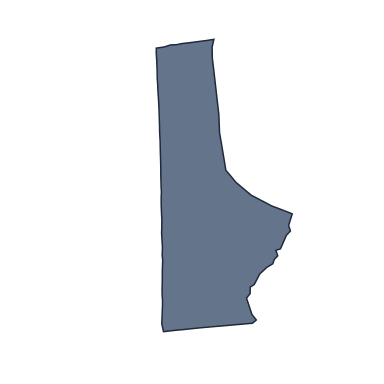 the district of Capão da Canoa, Rio Grande do Sul, Brazil, rotated 153°
{"feature_id": "56859067B90274299514744", "entity_name": "Capão da Canoa", "entity_type": "district", "adm_level": 2, "iso_a3": "BRA", "parent_name": "Brazil", "parent_adm1": "Rio Grande do Sul", "projection": "robinson", "projection_center": [-49.997, -29.689], "detail": "fine", "context": "isolated", "style": "filled", "palette": "slate", "viewbox_px": 384, "rotation_deg": 153, "n_neighbors": 0, "source": "geoboundaries", "source_scale": "gbopen_adm2", "svg_char_len": 1147}
<svg xmlns="http://www.w3.org/2000/svg" viewBox="0 0 384 384"><g transform="rotate(153 192 192)"><path d="M280.8,80.5L269.3,76.2L263.1,73.7L246.7,67.4L197.6,47.6L192.8,48.8L194.2,55.6L191.6,72.7L186.3,75.1L183.3,80.8L178.5,81.3L168.9,88.2L159.4,90.9L152.5,91.4L149.3,94.6L144.6,96.2L143.7,102.0L139.0,101.2L127.5,110.6L122.0,112.6L121.1,118.3L112.6,127.0L119.5,134.8L127.4,143.5L140.7,162.3L148.5,180.7L150.6,190.3L152.0,195.9L144.4,219.8L140.5,232.4L132.9,248.9L116.8,292.0L113.1,302.1L108.2,312.1L103.2,318.1L109.4,320.1L126.9,326.3L132.9,328.6L138.9,330.3L144.4,332.8L150.8,333.8L158.5,336.4L160.8,332.0L163.5,325.7L166.1,320.1L168.4,315.1L171.6,308.6L174.2,302.4L176.9,296.6L179.5,290.4L183.6,281.2L186.8,274.4L190.5,266.5L193.7,260.0L197.4,251.6L201.4,243.4L205.5,234.7L209.1,227.2L211.9,221.7L214.7,215.8L217.2,210.6L219.2,206.0L221.8,201.4L225.3,194.5L228.9,186.7L231.4,181.1L234.7,174.7L237.7,169.3L240.2,163.6L243.5,156.0L247.3,149.2L249.2,144.3L253.9,135.9L257.5,128.9L260.3,123.5L262.9,118.8L265.8,112.8L267.7,108.3L270.0,103.9L272.8,99.0L275.5,94.1L278.8,88.2L280.8,80.5Z" fill="#64748b" stroke="#1e293b" stroke-width="1.5"/></g></svg>